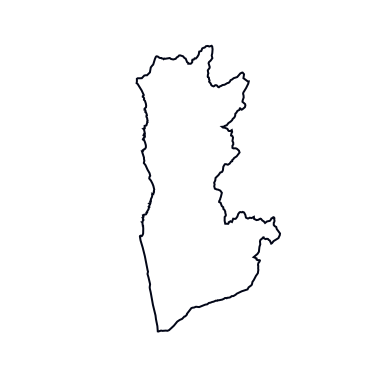 the district of Cañete, Lima, Peru, rotated 25°
{"feature_id": "86281439B38197042578648", "entity_name": "Cañete", "entity_type": "district", "adm_level": 2, "iso_a3": "PER", "parent_name": "Peru", "parent_adm1": "Lima", "projection": "natural_earth1", "projection_center": [-76.444, -12.8], "detail": "fine", "context": "isolated", "style": "outline", "palette": "ink", "viewbox_px": 384, "rotation_deg": 25, "n_neighbors": 0, "source": "geoboundaries", "source_scale": "gbopen_adm2", "svg_char_len": 6031}
<svg xmlns="http://www.w3.org/2000/svg" viewBox="0 0 384 384"><g transform="rotate(25 192 192)"><path d="M196.7,67.8L195.9,68.2L190.5,67.1L189.4,63.3L187.5,62.4L187.0,62.5L185.7,64.1L184.4,68.7L181.6,71.3L180.9,72.9L179.7,74.4L179.7,75.7L179.1,77.5L178.0,78.4L176.2,81.0L174.3,82.3L173.9,83.2L172.7,84.4L172.1,85.7L171.4,85.8L169.8,85.0L168.8,85.0L167.9,85.4L167.4,86.6L166.8,87.2L165.1,87.2L164.2,86.9L163.1,85.8L160.9,84.8L160.7,83.4L159.7,82.5L159.2,81.5L158.7,81.1L157.9,81.2L157.5,80.8L156.7,78.5L156.7,77.5L155.8,76.5L154.9,75.0L155.5,72.1L155.2,71.2L152.6,68.3L152.5,67.1L153.4,64.9L153.9,62.1L152.2,60.0L151.7,57.6L150.3,53.9L148.8,51.6L148.0,51.2L146.1,52.9L144.7,52.9L143.1,53.9L142.4,55.8L141.4,56.5L140.6,57.6L140.8,60.3L139.2,61.7L140.0,64.6L139.7,67.5L139.0,69.5L137.9,69.8L137.6,71.3L136.5,71.9L136.5,72.6L137.3,74.1L137.0,75.7L136.6,76.3L134.4,77.3L134.1,76.6L132.7,76.4L129.9,73.8L128.7,73.8L126.5,72.8L123.4,73.2L122.5,73.9L122.3,75.0L121.3,76.5L120.9,78.2L119.0,79.8L116.8,80.3L115.2,80.0L111.4,82.6L110.7,82.7L110.2,83.6L109.4,83.3L108.4,83.7L107.6,83.5L106.6,84.0L105.7,84.1L103.6,83.7L102.4,84.1L102.1,85.0L102.2,87.3L103.0,93.0L102.6,93.9L102.0,96.5L103.3,101.4L101.9,105.2L100.3,106.0L99.5,106.7L98.4,110.1L94.7,111.9L94.2,112.7L95.4,115.2L95.8,116.8L97.0,117.0L103.4,121.2L107.3,124.5L106.9,125.9L107.1,126.5L108.2,126.7L109.0,127.3L109.4,128.7L110.9,129.3L112.9,131.5L113.9,133.0L114.5,134.6L113.8,136.6L114.1,137.3L114.4,137.1L115.4,137.8L115.8,139.1L116.3,139.0L117.9,140.5L118.8,141.6L118.5,142.3L118.9,143.1L120.2,144.1L120.8,145.2L121.5,145.8L121.5,146.7L121.9,147.1L121.7,147.2L122.0,147.8L122.5,150.8L122.3,151.2L121.6,151.6L121.1,152.2L122.1,153.8L121.5,154.7L121.8,154.8L121.6,155.0L121.9,155.0L121.8,155.7L122.3,155.9L124.6,158.9L124.6,159.6L124.1,159.7L124.2,160.1L124.5,160.2L124.3,160.6L124.9,160.6L124.8,160.9L125.3,160.8L125.8,161.5L125.6,162.0L125.8,162.1L125.6,162.4L125.8,162.9L125.4,163.3L125.2,165.0L125.8,165.3L126.3,164.9L128.4,166.8L130.4,169.1L131.3,170.9L131.3,172.5L130.3,173.9L130.3,174.8L129.8,175.0L130.1,175.8L129.4,176.2L129.9,176.7L129.5,177.3L130.0,176.9L134.0,181.2L134.4,182.2L135.6,183.8L136.1,186.1L138.5,187.3L142.2,190.5L145.6,192.9L147.3,195.0L147.1,196.4L147.6,197.9L149.9,199.0L152.5,201.0L154.4,202.8L156.7,205.7L156.9,206.8L157.3,207.5L157.2,207.7L157.7,208.6L157.6,210.0L157.0,210.2L157.4,210.5L157.0,210.7L156.9,211.1L157.2,211.5L157.5,212.1L157.8,213.4L157.8,216.0L158.2,216.7L158.1,217.3L158.5,217.6L158.3,218.3L158.7,218.4L158.7,218.8L159.0,219.4L158.2,220.4L159.0,220.5L159.2,220.9L159.0,222.1L159.2,223.1L159.4,223.3L159.1,223.6L159.7,224.0L159.5,224.5L159.9,225.9L159.6,228.6L159.9,229.2L159.6,229.4L159.4,229.9L159.9,230.5L159.7,231.7L158.0,233.0L158.0,233.6L157.4,233.9L157.6,234.2L158.1,234.0L158.5,234.9L158.2,235.1L158.4,235.9L158.1,236.2L159.4,237.3L159.3,237.8L159.8,238.1L159.6,239.3L159.9,240.2L159.5,240.5L160.0,240.7L161.2,242.7L161.8,243.1L161.8,243.6L162.2,243.8L163.3,245.8L165.2,250.1L165.4,251.3L165.3,252.7L165.0,253.3L164.0,253.2L163.5,253.8L163.6,254.4L165.9,257.7L170.8,263.2L176.4,270.1L184.7,281.5L185.8,282.8L186.3,285.1L188.6,287.7L193.0,293.3L193.9,296.2L194.7,297.5L196.9,300.3L204.3,310.8L211.1,319.3L213.1,322.5L217.3,328.2L219.9,332.8L220.4,332.7L222.5,330.7L224.0,330.3L226.8,328.7L228.5,328.1L229.6,326.9L232.1,320.8L233.4,315.7L234.9,313.2L236.7,311.1L237.7,308.1L238.3,307.7L238.8,306.6L239.2,305.2L238.9,304.6L240.5,297.5L241.4,296.6L242.6,295.9L244.1,294.3L247.1,293.3L251.6,288.5L253.3,287.3L254.2,285.4L255.4,284.6L256.7,283.2L258.0,282.2L259.6,280.3L260.7,280.0L261.1,279.2L261.8,279.0L264.9,276.7L266.2,275.1L266.6,274.3L267.7,273.6L268.4,273.6L268.8,272.9L270.2,272.1L271.3,271.1L271.9,269.7L273.5,268.8L275.0,266.6L275.5,265.3L279.0,261.0L283.5,256.8L283.6,254.5L285.3,251.3L285.3,250.1L284.8,247.9L285.2,245.7L285.4,241.0L286.0,237.8L285.0,234.4L284.5,233.8L283.2,230.8L282.7,230.4L282.4,229.5L282.2,228.1L282.6,226.6L282.5,225.4L282.1,225.2L280.1,226.1L279.0,225.9L278.9,225.3L278.6,224.9L275.4,225.0L277.5,220.5L277.9,217.9L276.3,213.2L276.0,210.6L274.4,207.9L274.3,206.3L275.1,204.9L275.7,203.0L276.1,202.8L276.9,203.6L278.6,203.6L279.7,202.7L280.9,202.5L281.7,203.0L283.0,203.1L285.6,205.3L286.1,204.6L286.7,202.0L289.8,197.3L289.8,194.0L289.3,192.4L284.4,189.7L283.1,188.1L281.4,188.0L280.0,187.3L279.1,185.3L279.2,184.5L279.0,183.3L277.9,181.7L277.8,181.0L277.3,180.5L276.7,180.4L276.3,180.5L276.0,181.7L275.2,182.2L275.0,184.5L274.7,185.3L272.4,187.0L271.3,189.2L269.5,188.3L267.8,188.1L265.9,187.2L265.2,187.3L263.7,189.3L262.3,190.2L259.6,190.1L258.6,188.4L257.1,190.4L255.2,190.9L254.2,192.2L253.6,192.5L251.7,192.4L250.0,190.2L247.9,188.6L246.4,188.6L245.9,189.3L244.2,189.8L243.7,190.3L243.2,192.3L243.5,195.1L243.0,197.6L242.4,198.2L240.6,198.8L240.9,202.3L239.1,202.3L238.8,203.2L238.1,203.8L238.4,204.9L238.3,205.5L235.5,206.7L233.7,204.2L232.2,200.9L232.6,199.2L232.4,198.5L230.9,196.7L230.4,195.7L228.8,194.4L227.7,194.2L226.7,192.6L224.9,192.1L222.5,189.7L220.8,189.6L220.5,188.8L220.6,186.7L220.3,185.8L220.3,184.7L219.4,180.1L217.1,178.8L214.7,178.8L213.5,179.2L211.3,179.3L209.7,177.4L209.3,175.6L208.2,174.3L208.2,171.7L207.4,169.3L208.9,165.3L209.4,162.4L210.6,161.3L210.8,160.7L210.8,159.2L209.7,155.8L210.0,153.0L211.0,152.4L213.0,152.1L214.1,150.4L214.6,147.9L215.4,147.1L215.0,146.0L215.6,144.7L215.8,143.4L217.4,140.8L218.4,136.1L217.1,134.7L214.6,133.9L213.2,133.9L211.0,135.0L210.0,134.9L209.1,133.0L209.3,131.4L208.4,129.7L207.1,128.7L206.2,125.4L205.0,124.3L203.5,124.3L202.9,122.0L203.0,120.6L201.9,119.1L201.0,120.5L199.7,121.1L199.0,121.0L197.4,119.8L194.6,119.9L192.8,120.5L191.7,120.2L193.1,119.4L193.9,118.1L195.3,116.8L195.9,114.1L197.2,112.0L198.0,110.0L198.0,108.6L198.9,106.6L198.9,104.7L198.2,102.7L198.7,101.4L198.9,99.3L200.3,97.5L200.0,96.0L200.3,95.8L202.2,96.4L202.7,95.8L204.1,92.8L203.8,91.0L203.0,89.9L199.6,88.9L199.2,87.5L198.9,84.5L197.9,82.7L196.8,81.4L196.5,80.1L197.1,74.9L197.2,70.1L196.7,67.8Z" fill="none" stroke="#020617" stroke-width="2"/></g></svg>